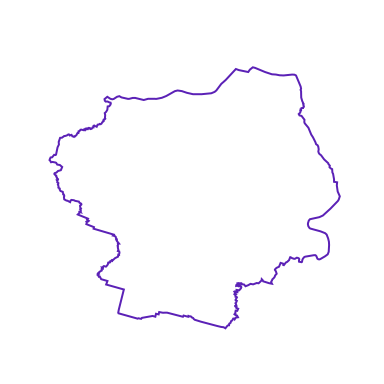 outline of Tha Phae, Satun, Thailand, rotated 191°
{"feature_id": "78962969B83222523917082", "entity_name": "Tha Phae", "entity_type": "district", "adm_level": 2, "iso_a3": "THA", "parent_name": "Thailand", "parent_adm1": "Satun", "projection": "mercator", "projection_center": [99.941, 6.801], "detail": "fine", "context": "isolated", "style": "outline", "palette": "violet", "viewbox_px": 384, "rotation_deg": 191, "n_neighbors": 0, "source": "geoboundaries", "source_scale": "gbopen_adm2", "svg_char_len": 5971}
<svg xmlns="http://www.w3.org/2000/svg" viewBox="0 0 384 384"><g transform="rotate(191 192 192)"><path d="M313.6,159.6L312.7,159.7L309.7,158.8L309.5,160.4L308.9,161.2L306.4,161.4L305.0,161.0L301.2,161.0L300.4,160.0L298.6,159.4L298.2,158.9L298.3,158.3L299.1,157.6L299.3,157.1L298.6,155.2L297.9,154.7L298.5,153.8L297.8,153.3L297.5,152.0L298.3,151.5L297.5,150.8L298.7,150.8L298.5,150.2L299.8,148.1L289.1,146.0L289.7,144.9L287.8,144.0L288.3,143.3L289.0,143.4L290.0,142.7L289.4,141.9L289.6,140.3L281.5,138.8L281.6,137.2L260.3,135.2L260.2,134.7L260.8,134.1L259.3,134.0L258.3,133.4L257.9,132.2L257.2,131.8L257.4,130.8L256.5,130.6L256.4,129.6L253.8,127.4L254.9,127.1L254.5,125.8L254.8,124.9L254.2,124.1L254.2,123.2L253.3,121.3L253.5,119.9L252.1,119.8L251.6,118.5L251.7,116.8L252.2,116.6L251.7,116.0L252.4,115.5L252.3,114.4L254.9,112.4L256.5,110.2L257.2,110.1L257.2,109.2L258.0,109.4L258.2,108.9L259.0,108.5L258.8,107.8L259.1,107.2L259.5,107.0L259.7,107.3L260.8,106.7L260.8,104.8L262.0,102.5L262.4,102.3L264.3,102.5L265.0,101.8L264.9,100.7L266.1,100.7L265.4,99.6L265.8,99.6L266.1,99.1L265.6,97.7L267.7,95.9L267.7,95.4L268.4,94.7L268.1,94.3L268.8,94.2L269.0,93.8L268.9,92.6L268.0,92.4L268.1,92.1L267.2,91.0L266.4,91.4L264.5,89.1L258.0,88.5L258.6,84.8L240.3,83.3L241.4,62.8L241.4,59.5L241.0,58.9L221.2,57.3L220.6,57.8L217.7,57.8L217.1,58.9L207.0,62.8L204.2,62.6L204.1,65.6L201.4,65.5L201.3,67.9L197.7,67.9L193.5,68.8L177.1,67.8L176.7,69.1L172.0,68.8L171.9,69.7L170.4,69.4L169.6,69.7L168.8,69.4L168.2,68.8L166.8,68.5L166.1,67.7L164.9,67.1L158.4,66.4L142.0,65.3L137.7,65.1L135.2,65.3L133.2,64.6L131.8,67.3L130.9,68.2L130.2,68.3L130.3,69.9L129.2,70.9L129.0,72.7L128.0,73.6L127.4,75.6L126.4,75.9L125.8,75.2L125.0,77.1L123.0,77.8L124.2,79.3L125.5,79.5L126.0,80.1L126.5,79.8L127.0,80.1L126.2,81.4L126.5,82.0L126.5,83.9L124.9,84.0L124.4,86.2L126.2,86.5L126.4,88.0L127.1,87.6L127.8,88.0L127.9,88.3L127.3,88.5L127.2,90.0L128.1,91.1L127.7,91.5L127.2,93.7L128.5,94.0L128.7,94.3L127.8,97.2L128.3,97.6L129.3,97.5L129.7,99.0L130.9,99.7L130.6,100.6L130.0,100.0L129.4,100.2L131.4,102.3L130.8,102.7L129.8,102.1L129.4,102.4L128.3,102.3L128.3,102.8L129.0,103.0L129.5,104.4L126.9,104.5L125.6,106.7L125.4,108.0L125.9,108.7L127.6,108.7L128.0,109.4L128.5,109.2L128.4,108.4L129.8,108.6L130.7,108.2L130.8,109.0L129.7,109.8L130.1,111.0L129.4,111.3L128.6,110.2L128.0,110.9L128.0,111.5L126.4,111.8L126.2,110.9L125.5,111.4L125.0,111.0L123.2,111.1L121.5,109.7L119.1,111.2L117.0,113.0L114.4,113.0L111.1,115.0L109.2,115.1L106.8,118.5L106.9,119.7L106.0,119.1L105.1,117.9L98.9,117.2L96.0,117.2L97.1,118.7L97.1,119.3L96.6,120.3L96.5,121.5L95.4,123.0L94.6,124.6L94.5,125.9L93.3,127.9L94.5,130.1L95.8,131.4L95.8,131.8L94.6,133.6L92.3,135.3L91.5,139.3L89.0,139.1L88.5,138.7L88.5,137.8L87.9,137.7L86.4,140.7L85.2,141.6L83.7,143.7L83.2,146.7L82.8,146.8L81.3,146.2L79.1,145.9L78.2,146.1L76.6,147.5L75.4,147.5L74.4,147.2L73.9,146.6L73.9,144.8L73.6,144.0L71.1,144.0L70.7,144.4L70.7,146.5L70.4,147.7L69.5,149.4L68.6,150.1L60.1,153.3L58.7,153.5L57.7,152.8L56.2,150.5L55.2,150.1L54.3,150.1L53.3,150.6L49.2,154.2L46.9,156.7L46.4,159.4L47.3,166.1L48.1,169.3L49.5,172.4L51.7,175.9L53.5,177.0L58.3,177.9L68.8,178.7L69.7,179.0L71.2,180.5L72.0,182.2L72.2,183.5L71.9,186.2L71.0,187.8L62.2,191.6L59.0,193.9L52.9,202.1L47.1,211.0L46.5,212.6L46.1,216.0L49.1,220.3L51.1,226.1L51.4,229.2L54.5,229.1L55.0,231.6L57.0,236.8L57.9,237.9L58.8,241.2L60.5,241.7L61.8,242.7L61.7,244.1L63.4,245.5L63.8,246.3L68.5,249.2L72.3,252.7L74.1,253.6L75.0,254.5L75.7,255.8L75.8,258.2L76.8,260.8L77.7,261.9L79.3,262.6L80.4,264.5L83.7,268.8L85.9,271.1L90.0,277.3L94.5,281.0L95.1,282.1L95.4,284.4L99.0,287.6L101.1,287.7L102.1,288.9L101.0,290.5L100.8,291.7L101.2,292.3L100.6,292.9L101.2,293.8L100.7,294.1L100.6,295.2L99.1,295.6L99.2,296.1L98.5,296.8L98.5,297.5L99.3,298.6L99.2,299.6L99.8,299.9L99.7,300.3L101.1,302.2L102.8,305.5L104.2,311.9L104.9,313.0L104.6,314.1L105.5,316.3L112.1,326.2L113.7,326.7L116.0,326.4L124.3,323.9L128.3,323.3L132.1,323.3L136.0,322.8L143.1,323.7L153.9,325.9L156.1,326.0L158.5,323.2L159.7,320.5L169.2,320.6L172.4,321.1L180.3,308.4L183.9,303.7L187.5,296.3L188.9,294.6L191.9,292.6L201.0,289.9L209.8,288.2L216.0,288.4L221.2,289.1L225.5,288.9L228.1,287.7L235.6,281.3L239.6,278.7L244.5,276.7L252.9,275.1L256.9,273.1L265.9,273.5L268.2,273.0L271.3,271.5L272.7,271.2L279.3,271.4L281.6,272.2L283.7,271.2L286.6,268.4L287.9,267.8L289.9,267.9L293.3,269.3L295.6,266.5L295.0,265.0L294.0,264.3L292.1,264.7L289.8,264.1L289.0,264.2L288.6,263.5L288.7,262.2L289.6,260.4L291.1,259.9L290.8,256.6L291.6,254.3L292.7,252.8L291.9,251.0L291.6,248.1L291.1,247.4L291.6,246.6L292.5,246.3L292.7,245.5L292.3,245.3L292.2,244.7L293.5,243.2L293.8,242.0L294.6,241.1L295.7,241.2L296.2,240.5L297.5,240.1L298.0,237.9L298.7,238.2L299.7,238.0L300.5,238.6L301.2,238.3L301.4,237.9L301.1,236.5L302.0,236.3L302.4,235.1L303.5,234.4L303.9,234.4L304.3,235.2L305.5,235.3L305.9,235.0L306.2,233.8L306.8,233.7L307.3,234.2L308.0,233.2L308.2,234.0L308.6,233.9L308.7,233.4L309.6,233.1L309.4,232.4L309.7,232.0L312.7,232.1L313.4,231.8L313.5,231.2L314.5,229.9L314.8,229.9L314.7,229.1L315.2,228.7L314.9,228.1L315.8,227.7L316.2,226.0L317.5,224.2L318.0,224.3L318.4,223.6L319.1,223.9L320.0,223.8L321.1,225.0L321.4,224.7L322.1,224.7L322.7,224.2L323.4,224.9L323.9,224.7L324.4,224.9L325.7,223.6L327.6,222.6L328.1,222.6L330.0,220.5L331.8,220.0L332.4,215.7L331.7,213.2L332.5,210.2L332.6,202.7L333.2,202.2L334.4,202.2L335.9,199.4L337.4,198.9L337.9,196.9L337.9,196.1L337.4,195.9L336.1,194.3L334.6,194.9L331.5,194.9L330.9,194.7L329.5,193.2L326.9,193.3L324.2,191.8L324.9,188.4L327.6,187.0L328.8,185.2L330.4,184.3L330.6,183.5L329.7,182.7L328.4,182.2L328.3,181.2L327.4,180.6L327.3,179.9L325.9,179.0L325.9,178.6L327.0,177.9L326.2,177.0L326.1,175.8L324.9,175.3L324.8,174.4L325.1,173.8L324.1,172.1L324.0,170.8L322.5,170.2L322.4,169.2L321.3,167.9L318.9,167.5L318.7,166.8L317.8,165.4L317.9,165.0L317.1,164.7L316.6,163.7L316.8,162.7L316.0,160.4L313.6,159.6Z" fill="none" stroke="#5b21b6" stroke-width="2"/></g></svg>